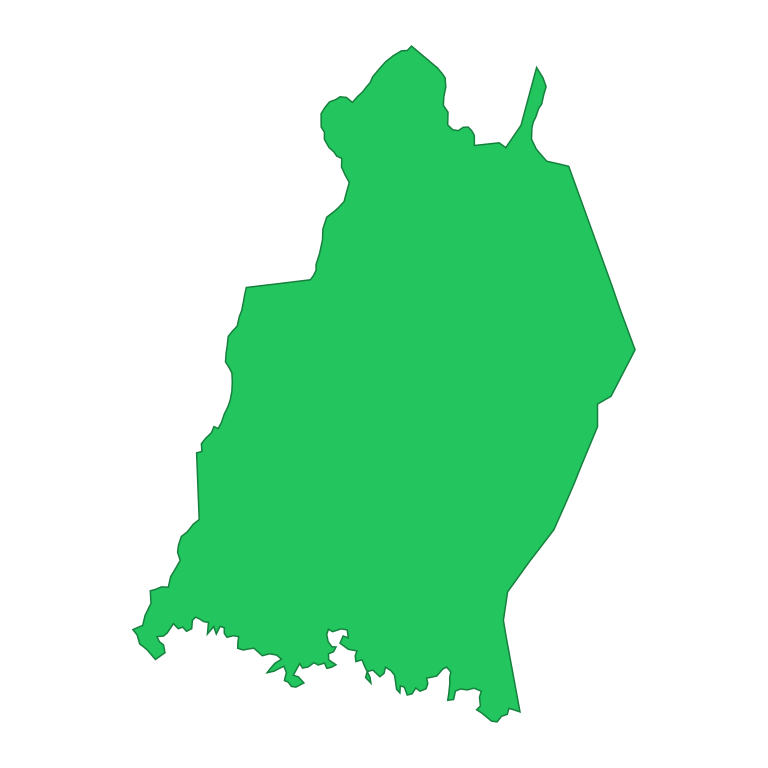 outline of Mamborê, Paraná, Brazil
{"feature_id": "56859067B66158143742669", "entity_name": "Mamborê", "entity_type": "district", "adm_level": 2, "iso_a3": "BRA", "parent_name": "Brazil", "parent_adm1": "Paraná", "projection": "equal_earth", "projection_center": [-52.631, -24.35], "detail": "fine", "context": "isolated", "style": "filled", "palette": "green", "viewbox_px": 768, "rotation_deg": 0, "n_neighbors": 0, "source": "geoboundaries", "source_scale": "gbopen_adm2", "svg_char_len": 3302}
<svg xmlns="http://www.w3.org/2000/svg" viewBox="0 0 768 768"><path d="M246.3,287.5L244.7,294.7L243.2,303.0L241.7,310.6L239.4,316.3L237.2,326.1L232.4,331.2L228.2,336.4L227.2,346.0L226.1,353.0L225.5,361.9L228.9,367.2L231.9,372.9L232.3,381.8L231.9,391.2L230.2,400.1L228.2,406.1L224.2,414.3L221.6,422.1L218.2,428.5L214.0,426.6L211.4,432.8L205.8,438.1L201.4,443.7L201.9,451.4L196.6,452.9L199.2,519.5L193.5,524.0L187.1,532.0L181.3,536.5L178.4,545.6L177.6,552.2L180.2,560.5L173.8,571.5L170.7,576.5L168.3,587.2L161.4,586.9L155.2,589.5L150.3,590.8L151.0,603.3L145.1,615.3L142.7,625.4L132.9,629.6L137.1,634.9L139.8,644.1L143.5,646.8L147.5,650.2L155.4,659.5L165.0,652.7L163.5,644.9L159.4,641.7L157.0,636.6L163.6,636.0L167.2,633.0L173.4,623.7L178.3,628.7L182.7,627.1L186.5,631.3L191.7,628.7L192.4,620.3L195.7,617.1L199.6,619.0L203.7,621.6L208.5,622.4L207.4,634.0L213.7,626.6L216.3,634.0L220.1,626.3L224.2,627.7L224.3,633.4L227.0,637.3L233.3,635.7L238.7,636.6L237.9,642.5L237.7,648.3L243.1,650.0L248.9,648.9L253.9,648.2L262.3,655.7L269.6,653.8L276.7,655.1L281.5,659.2L274.9,663.3L270.3,668.6L267.1,672.7L274.0,671.2L278.3,668.9L283.9,666.3L286.4,672.5L284.4,680.5L288.4,682.3L291.3,686.4L295.9,687.1L303.9,682.9L298.4,676.9L293.3,675.2L299.7,663.6L302.6,668.1L308.3,666.9L313.9,662.7L318.2,665.0L324.5,663.1L326.9,668.4L331.5,667.2L336.0,664.8L328.7,659.8L328.5,653.8L333.6,651.7L336.0,647.0L331.9,646.8L328.2,641.7L326.7,634.5L328.5,629.2L332.6,631.7L341.1,628.9L347.2,629.9L348.3,637.8L343.1,636.0L340.0,643.2L348.3,649.3L356.9,650.9L355.2,655.9L355.9,661.6L362.0,659.8L365.0,667.1L367.2,671.6L372.9,670.1L379.8,676.7L384.0,673.4L385.5,667.2L391.1,670.8L394.5,675.2L395.5,681.6L396.6,689.4L399.9,692.9L400.3,685.9L404.3,687.1L407.2,695.0L412.1,693.8L415.8,688.0L420.0,691.2L426.0,688.8L427.8,683.7L426.7,678.1L430.9,677.3L436.8,676.0L442.6,669.2L446.6,667.1L450.8,671.9L449.7,677.5L449.8,683.7L448.7,694.1L447.7,700.3L453.6,699.5L455.4,691.1L460.5,689.0L467.3,689.9L474.0,688.2L481.3,691.2L479.5,697.1L480.4,706.0L476.6,709.8L481.9,713.1L491.5,721.1L497.1,721.9L501.5,716.3L507.3,714.3L508.9,708.4L513.1,709.6L520.0,711.9L506.1,636.6L503.4,620.3L507.6,591.9L529.8,561.1L539.0,549.2L543.9,542.8L553.9,529.7L565.1,504.5L574.2,483.5L581.4,465.4L597.5,426.8L597.5,404.1L611.0,396.3L635.1,349.8L619.9,308.9L611.6,284.8L568.7,166.3L562.0,164.7L546.7,161.2L539.7,153.2L536.3,149.1L531.5,139.2L531.9,128.0L533.2,122.3L535.9,116.7L538.6,108.6L541.7,103.9L543.8,94.5L546.1,86.7L543.0,77.9L536.6,67.5L521.0,125.3L505.8,147.6L499.1,142.8L474.4,145.5L474.3,135.4L471.7,130.7L468.2,127.1L463.2,127.3L458.4,130.6L452.8,129.8L447.7,124.9L448.0,112.2L443.4,105.4L443.8,96.8L445.8,87.0L445.1,77.8L442.2,73.6L437.5,68.0L411.5,46.1L407.3,50.5L401.5,50.8L393.4,55.6L385.8,61.6L380.3,67.7L372.7,76.7L370.2,82.5L366.1,87.3L363.0,91.5L357.5,96.6L352.4,102.4L346.3,97.4L340.0,96.8L335.9,99.5L329.5,101.9L324.9,107.5L321.1,113.7L321.1,120.9L321.2,127.1L324.4,132.1L324.4,139.5L329.1,147.6L334.0,152.0L336.7,156.1L341.8,158.5L341.5,166.9L345.2,175.1L349.3,182.5L346.6,191.9L344.1,201.5L338.7,207.4L335.1,210.7L326.7,217.2L322.9,229.0L322.5,240.0L319.5,253.8L316.0,264.6L316.1,270.3L313.4,275.7L310.3,279.8L246.3,287.5ZM367.2,671.6L365.6,677.5L370.9,683.1L370.0,677.3L367.2,671.6Z" fill="#22c55e" stroke="#15803d" stroke-width="1.5"/></svg>